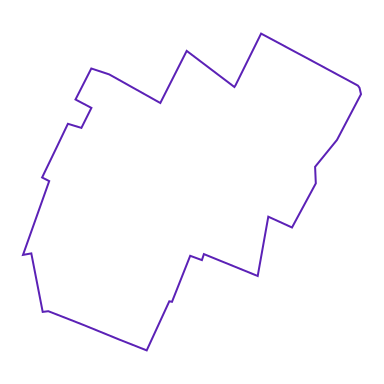 outline of Washington, Vermont, United States of America
{"feature_id": "52423323B84121936183506", "entity_name": "Washington", "entity_type": "district", "adm_level": 2, "iso_a3": "USA", "parent_name": "United States of America", "parent_adm1": "Vermont", "projection": "orthographic", "projection_center": [-72.628, 44.26], "detail": "fine", "context": "isolated", "style": "outline", "palette": "violet", "viewbox_px": 384, "rotation_deg": 0, "n_neighbors": 0, "source": "geoboundaries", "source_scale": "gbopen_adm2", "svg_char_len": 546}
<svg xmlns="http://www.w3.org/2000/svg" viewBox="0 0 384 384"><path d="M23.0,254.9L31.3,253.4L42.7,311.9L48.3,311.2L83.1,324.8L119.6,339.7L146.7,350.4L169.3,301.3L172.0,301.8L190.2,255.8L201.9,260.1L203.9,254.1L257.7,276.0L268.3,216.7L292.0,227.5L315.8,183.4L315.1,166.8L337.0,139.9L361.0,94.2L359.5,87.8L357.9,85.6L313.0,61.4L261.1,33.6L235.5,85.3L234.4,87.0L186.7,50.9L160.3,103.0L109.2,74.4L91.3,68.5L75.5,99.5L91.4,107.9L81.4,127.9L67.9,123.8L57.0,146.6L42.1,177.5L49.2,181.1L23.0,254.9Z" fill="none" stroke="#5b21b6" stroke-width="2"/></svg>